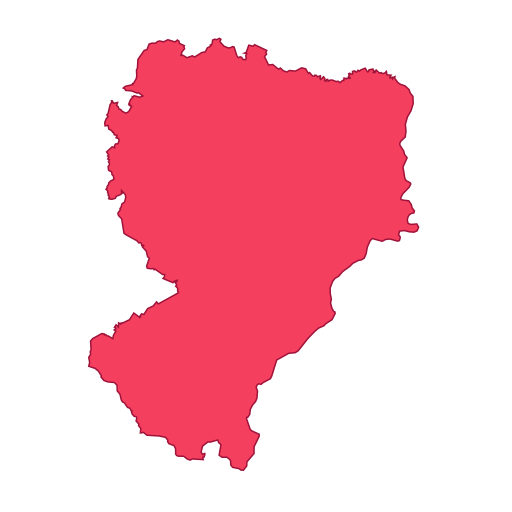 outline of Hostotipaquillo, Jalisco, Mexico, rotated 94°
{"feature_id": "50627088B68006893150413", "entity_name": "Hostotipaquillo", "entity_type": "district", "adm_level": 2, "iso_a3": "MEX", "parent_name": "Mexico", "parent_adm1": "Jalisco", "projection": "albers", "projection_center": [-104.082, 21.071], "detail": "fine", "context": "isolated", "style": "filled", "palette": "rose", "viewbox_px": 512, "rotation_deg": 94, "n_neighbors": 0, "source": "geoboundaries", "source_scale": "gbopen_adm2", "svg_char_len": 6010}
<svg xmlns="http://www.w3.org/2000/svg" viewBox="0 0 512 512"><g transform="rotate(94 256 256)"><path d="M231.3,115.7L230.6,114.0L227.9,113.4L226.5,113.7L224.8,115.3L221.1,114.4L220.3,109.6L221.2,104.5L221.2,100.0L219.6,97.0L215.9,95.8L212.8,97.8L213.6,103.0L213.5,105.0L212.4,106.8L209.3,107.6L206.4,107.1L204.3,106.0L202.8,104.2L202.0,101.5L199.9,101.1L197.2,103.6L193.8,104.7L190.3,107.4L189.9,113.9L189.4,115.3L187.9,115.7L184.0,114.1L176.6,107.9L173.3,106.6L172.0,107.6L170.5,111.2L168.3,112.9L157.0,115.6L147.5,112.1L144.3,114.9L140.9,116.0L135.5,120.1L133.9,120.5L131.3,119.5L126.9,115.4L120.9,115.1L114.3,116.2L106.6,114.6L100.3,111.5L93.0,109.8L85.9,110.6L82.5,113.6L79.3,114.9L75.9,119.2L74.6,124.0L73.2,126.4L69.0,130.1L67.4,129.9L68.2,131.4L69.7,132.2L68.2,132.7L69.1,134.6L68.5,135.0L66.2,133.9L66.2,138.0L62.8,138.8L64.8,140.6L65.1,142.8L64.3,143.9L64.9,145.6L62.1,149.1L64.8,150.2L64.8,150.9L64.7,151.8L63.2,150.8L63.0,151.8L61.3,152.4L62.4,156.2L64.2,156.7L64.5,157.7L61.0,160.2L63.2,164.7L64.4,165.6L63.6,167.3L65.4,168.2L65.4,169.6L64.5,170.3L65.1,172.6L67.7,172.4L68.1,174.2L67.1,175.1L67.8,176.3L69.5,175.7L70.8,176.3L71.4,174.7L72.1,174.6L72.4,177.9L73.0,178.2L72.3,180.6L74.8,180.7L74.8,181.9L77.2,184.3L75.9,186.3L76.4,188.1L75.2,191.9L75.3,194.3L76.6,196.1L74.8,196.8L75.1,197.9L76.4,198.1L76.9,199.0L76.2,199.7L74.1,199.7L72.5,201.1L75.4,203.8L74.1,204.7L72.8,204.1L71.7,204.4L72.9,207.2L71.6,208.4L71.5,210.0L72.4,210.4L72.7,211.9L69.3,215.3L70.1,216.3L69.4,217.1L65.8,219.5L65.1,223.6L68.8,229.6L68.6,235.6L70.3,238.0L69.4,241.5L66.8,244.8L68.1,246.6L63.8,252.7L64.6,256.8L56.5,261.4L53.8,259.5L52.1,260.4L50.2,259.6L45.3,272.2L46.9,273.4L46.2,277.9L53.7,280.0L54.4,281.6L54.7,279.4L57.2,280.2L58.4,279.6L60.9,280.0L60.9,282.5L58.9,284.1L58.4,285.7L59.4,287.4L57.7,289.0L49.1,292.4L48.7,293.8L50.2,296.5L50.3,298.5L48.9,302.6L44.7,307.0L42.3,306.1L41.4,307.6L42.9,310.3L42.6,312.3L43.6,314.3L47.6,314.6L48.7,316.2L49.0,315.6L50.0,316.1L51.8,319.1L55.9,320.8L56.7,324.1L61.8,331.2L60.7,333.4L63.0,338.7L60.7,343.2L61.1,344.8L57.6,344.1L54.2,341.7L52.4,342.5L51.2,342.1L49.3,347.1L47.0,347.9L46.0,349.5L48.1,351.7L46.4,359.0L48.8,363.1L48.2,367.2L48.9,369.2L50.7,371.0L50.9,374.6L52.0,377.4L57.8,379.2L58.6,381.8L68.1,387.5L76.9,387.4L78.9,388.2L84.9,387.5L87.7,387.9L92.2,390.2L92.6,391.2L93.6,390.9L95.9,398.3L97.7,400.1L98.4,398.5L99.9,397.6L100.0,391.6L101.7,386.2L101.4,384.5L104.2,380.0L105.7,383.1L104.6,388.8L105.9,389.8L105.7,390.5L106.5,390.3L108.9,392.1L112.9,393.4L113.4,392.4L114.0,393.3L114.7,392.7L115.4,390.5L120.2,392.7L121.7,394.1L122.5,396.0L121.0,399.6L119.3,401.1L118.9,403.0L116.7,403.8L115.7,405.5L112.5,404.8L113.7,408.8L111.3,410.1L111.3,411.0L113.2,410.8L115.2,412.1L124.1,413.5L125.7,414.7L127.2,413.3L129.8,415.1L133.4,416.2L136.7,415.7L136.1,412.6L139.7,411.7L140.9,408.9L142.6,407.6L142.4,406.9L145.0,405.8L145.2,402.6L145.7,403.7L147.0,403.0L147.8,403.8L148.5,401.3L150.5,400.7L153.6,401.5L154.1,404.0L155.8,404.8L157.9,404.5L157.1,407.1L162.6,412.3L165.4,410.1L166.6,411.0L167.8,409.7L169.5,410.7L170.3,409.0L172.3,409.8L173.7,408.6L176.0,408.9L177.0,409.8L180.1,409.2L180.9,408.9L182.2,405.9L184.9,405.3L186.0,403.9L189.5,403.1L191.3,406.3L193.3,408.0L194.8,408.0L197.2,409.5L198.3,409.1L199.8,410.3L201.7,408.3L202.8,408.5L204.9,407.4L205.5,407.8L207.5,406.2L208.6,407.0L209.3,406.7L209.5,403.7L208.3,400.4L206.1,399.5L204.5,395.8L202.7,393.8L201.9,394.6L200.0,394.7L203.7,390.8L206.5,390.0L211.4,390.9L213.3,393.3L217.3,394.2L218.0,395.0L219.3,394.6L222.9,396.8L225.2,396.0L228.3,392.6L242.5,389.3L243.6,387.5L243.0,387.1L243.7,387.5L249.0,376.0L251.2,373.7L250.6,372.5L251.1,371.5L253.5,370.7L253.0,369.8L253.4,368.8L255.0,369.8L258.8,365.8L264.3,364.1L265.5,362.3L273.8,364.4L275.8,363.6L276.1,359.4L275.6,357.5L276.8,356.7L276.2,355.8L281.0,347.8L280.8,346.0L283.1,345.8L284.9,347.2L288.4,337.0L287.0,335.9L285.7,333.0L287.0,333.0L287.8,335.1L290.3,333.0L291.7,334.0L293.8,331.8L296.3,331.8L298.1,330.8L310.6,350.1L308.7,352.0L313.1,355.1L316.0,360.4L322.1,363.8L321.7,366.2L324.0,367.5L324.6,367.0L325.5,367.5L321.4,373.9L328.4,377.8L333.0,385.9L332.3,385.7L332.8,387.2L332.3,388.4L336.4,388.3L334.4,390.8L337.1,392.2L337.5,390.9L338.4,390.7L339.6,392.3L340.8,390.6L345.0,392.7L348.4,393.1L346.1,397.7L346.0,399.3L345.1,400.1L345.2,401.7L344.4,401.7L344.1,404.4L349.8,413.2L352.4,415.1L360.9,414.0L363.2,414.7L365.5,414.1L368.8,415.8L373.9,414.5L377.7,415.2L379.5,408.0L380.6,407.4L381.1,405.8L386.3,401.9L387.5,402.2L390.8,399.0L391.9,395.2L392.1,388.4L394.6,385.6L400.3,385.0L403.5,382.0L408.9,380.4L410.9,379.0L411.5,377.2L416.0,373.6L416.7,371.1L419.0,369.8L419.4,368.8L420.4,369.3L422.3,368.5L424.4,366.4L424.7,364.3L425.7,363.6L429.0,364.1L431.8,361.2L433.5,361.3L436.0,358.9L440.6,359.0L439.9,355.9L442.4,352.2L442.3,340.0L443.2,333.7L445.7,331.2L447.4,331.2L449.3,329.8L450.9,324.5L453.9,322.8L459.3,322.3L460.6,321.2L461.1,319.5L460.8,314.1L463.2,310.7L464.2,307.5L462.9,305.3L462.8,294.4L460.6,295.1L460.0,293.7L457.3,293.1L456.5,293.4L457.6,295.6L455.3,297.1L449.3,296.0L444.7,290.8L444.9,288.9L442.2,281.3L444.8,280.2L446.7,277.8L457.3,278.9L459.1,276.0L458.8,271.0L460.6,268.2L462.1,267.1L466.4,266.5L468.5,264.5L469.3,258.1L470.6,256.1L470.6,253.6L466.1,250.6L462.0,250.7L453.2,244.2L446.4,244.6L435.5,240.2L433.6,240.4L430.6,248.3L429.1,249.8L418.5,254.3L417.5,254.0L417.6,253.0L414.4,251.2L409.5,251.0L405.0,249.1L401.3,246.3L397.6,245.1L390.4,245.1L387.0,246.7L384.4,245.8L383.3,244.4L383.7,242.0L381.9,240.2L377.4,233.1L374.6,231.9L358.3,228.1L350.8,216.6L349.7,210.1L347.5,207.2L334.7,198.5L327.3,192.3L323.6,188.6L320.8,183.3L318.6,181.6L314.2,175.7L307.8,173.0L306.3,173.4L306.0,174.6L302.8,176.6L297.5,178.4L293.9,177.8L288.3,179.3L282.8,179.8L275.8,177.7L272.7,175.5L270.4,172.1L265.5,168.5L259.8,161.7L256.6,159.0L253.1,153.3L252.6,150.7L250.6,147.9L246.1,146.3L239.6,145.6L233.3,143.4L231.2,141.9L230.5,141.2L232.5,131.1L230.5,127.9L229.7,123.7L231.3,115.7Z" fill="#f43f5e" stroke="#9f1239" stroke-width="1.5"/></g></svg>